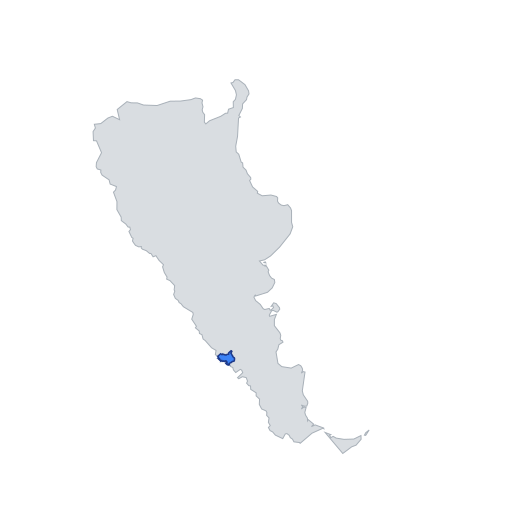 Futaleufú, Chubut, Argentina (highlighted), rotated 317°
{"feature_id": "61730980B18376344054138", "entity_name": "Futaleufú", "entity_type": "district", "adm_level": 2, "iso_a3": "ARG", "parent_name": "Argentina", "parent_adm1": "Chubut", "projection": "orthographic", "projection_center": [-71.852, -43.056], "detail": "fine", "context": "in_parent", "style": "filled", "palette": "blue", "viewbox_px": 512, "rotation_deg": 317, "n_neighbors": 0, "source": "geoboundaries", "source_scale": "gbopen_adm2", "svg_char_len": 6522}
<svg xmlns="http://www.w3.org/2000/svg" viewBox="0 0 512 512"><g transform="rotate(317 256 256)"><path d="M316.0,161.9L312.5,166.4L312.8,169.8L309.2,177.2L309.7,178.8L307.1,182.2L307.3,186.3L305.8,190.0L305.6,195.0L304.6,196.3L302.8,196.4L300.6,203.1L301.3,209.9L299.8,211.0L301.6,216.2L308.5,221.6L311.6,226.5L311.5,228.3L309.1,230.6L308.6,232.8L309.2,236.0L310.8,238.3L314.2,240.1L314.0,244.5L312.9,247.1L304.9,255.7L302.8,259.7L296.0,263.1L279.3,265.6L266.7,265.9L259.6,264.6L255.1,262.0L254.9,267.6L257.0,269.5L255.8,269.5L256.7,270.6L255.7,275.1L254.1,275.8L252.6,279.5L252.3,282.8L253.4,285.7L251.7,288.2L246.1,290.4L239.7,290.4L228.4,285.0L229.0,284.3L228.4,284.0L226.4,284.7L225.3,288.4L226.1,294.3L225.3,299.4L225.9,301.1L229.9,303.4L229.4,305.4L230.8,305.8L233.8,305.6L234.3,304.0L232.8,303.2L237.0,302.3L238.3,304.6L237.9,309.8L237.1,311.1L233.9,311.7L233.0,311.4L231.5,307.6L230.1,306.7L225.4,308.3L224.8,309.4L231.1,312.6L226.1,315.0L221.9,319.5L221.1,328.5L220.0,330.9L217.3,333.0L216.7,334.7L217.5,335.8L217.0,337.4L212.2,336.5L208.4,339.0L205.2,339.8L198.8,349.5L199.4,354.5L205.3,362.0L213.1,364.4L213.9,366.8L213.3,369.6L212.3,371.3L209.3,372.6L211.7,372.8L212.7,374.3L197.9,386.2L195.9,389.8L194.7,397.5L193.5,399.0L190.7,400.4L188.9,398.7L187.5,395.8L187.5,398.1L184.8,398.9L187.9,399.1L189.3,401.0L185.0,403.7L183.7,406.2L183.0,409.7L181.3,411.7L182.6,411.3L183.5,418.3L180.2,418.6L184.1,419.9L188.2,428.0L187.8,428.6L187.7,427.7L176.2,423.8L160.5,423.1L160.6,422.1L157.0,417.8L157.8,414.8L157.2,412.2L158.0,409.9L157.5,407.0L156.1,406.1L151.0,407.8L148.0,400.2L148.2,396.0L147.2,393.3L148.1,389.9L150.8,389.7L151.6,386.1L155.1,383.3L155.1,379.8L157.2,377.9L157.7,376.1L155.8,371.7L157.2,366.8L161.0,363.1L160.7,358.4L162.8,356.2L161.2,349.9L163.4,347.3L162.3,345.9L162.4,342.6L164.5,341.7L165.9,338.2L163.7,335.0L159.7,334.0L159.5,332.4L166.7,332.3L167.7,329.7L167.2,328.2L161.7,327.4L161.8,323.9L163.0,321.7L162.0,319.4L162.4,317.4L160.9,314.3L162.4,312.9L158.7,309.8L158.7,304.5L159.5,303.2L159.0,300.4L162.4,297.8L160.9,292.8L161.2,283.2L160.7,280.6L162.8,276.7L161.8,274.1L163.3,272.1L162.7,267.2L164.5,266.8L165.9,258.4L170.3,255.9L171.3,254.2L168.3,243.6L168.6,239.6L168.0,237.7L168.8,235.4L168.1,232.0L169.5,228.0L172.7,226.3L173.0,225.0L176.3,222.2L176.3,215.4L174.9,212.0L176.6,210.7L177.7,205.5L180.3,200.2L182.4,199.3L182.1,193.1L183.0,187.5L180.2,186.4L180.9,182.5L179.9,181.5L179.4,177.3L177.6,173.6L177.5,171.9L178.6,170.9L176.5,169.4L175.1,166.0L175.5,162.8L175.9,160.8L178.2,159.2L177.8,157.7L179.8,151.4L182.2,151.1L183.4,148.8L182.2,147.6L182.6,143.8L181.6,138.3L183.9,135.6L185.9,127.2L191.4,121.4L195.3,112.1L198.2,112.0L201.3,110.1L198.4,103.9L200.5,100.1L198.6,91.9L199.4,89.0L201.2,87.3L199.3,84.1L200.0,81.7L203.0,78.9L213.5,75.1L217.9,63.0L215.8,60.8L221.7,53.9L225.8,52.9L227.6,49.4L232.8,53.3L241.8,54.1L246.3,55.9L249.2,63.3L254.4,54.2L266.9,55.1L269.2,58.9L273.7,63.2L276.7,68.9L286.3,78.5L298.9,84.3L306.3,91.1L315.1,97.3L319.5,99.1L322.6,103.0L323.2,105.6L320.9,107.2L319.0,110.7L316.3,112.4L315.1,114.6L314.8,117.6L309.5,122.9L309.4,125.2L314.2,125.4L325.5,129.8L331.0,130.8L332.7,132.2L336.0,129.9L340.7,132.0L344.5,127.7L347.8,127.4L351.6,124.8L353.8,121.0L355.7,112.4L357.5,113.4L360.8,112.8L363.4,115.2L364.8,123.1L363.2,130.1L361.4,132.7L357.8,133.6L355.7,135.2L350.0,135.6L346.6,138.8L339.3,141.5L339.4,143.7L337.3,143.2L324.1,155.9L316.0,161.9ZM184.8,459.6L186.2,432.2L188.9,437.7L187.5,437.3L186.9,439.9L189.4,440.5L190.4,443.8L195.3,450.1L202.7,456.6L210.3,458.9L207.9,461.7L200.2,462.6L195.8,460.8L184.8,459.6ZM213.1,461.0L215.6,460.1L220.1,460.4L213.9,462.0L213.1,461.0ZM258.8,266.7L258.5,267.8L257.0,265.8L258.8,266.7Z" fill="#d9dde1" stroke="#a8b0b8" stroke-width="1"/><path d="M173.2,308.3L171.6,308.2L170.4,308.2L169.9,308.2L168.9,309.2L167.8,308.2L166.6,308.1L166.3,307.8L166.3,307.7L166.0,307.3L166.1,307.1L165.9,306.8L165.7,306.8L165.7,306.6L165.3,306.2L165.2,305.9L164.8,305.6L164.9,305.0L163.8,304.9L163.5,303.4L159.8,303.3L159.9,303.5L159.8,303.8L159.7,303.9L159.7,304.0L159.5,304.3L159.4,304.5L159.4,304.4L159.2,304.5L159.1,304.8L158.9,304.8L159.0,304.9L159.0,305.0L158.9,305.2L159.0,305.2L159.1,305.3L159.0,305.5L158.9,305.6L158.8,305.8L158.7,305.8L158.5,305.7L158.4,305.7L158.4,305.9L158.4,306.0L158.5,306.1L158.8,306.2L158.7,306.3L158.8,306.4L158.9,306.5L158.7,306.6L158.8,306.7L158.8,306.8L158.8,307.0L158.7,307.1L158.8,307.2L158.7,307.3L158.5,307.5L158.7,308.0L158.8,308.0L158.9,308.3L159.0,308.4L158.9,308.4L158.8,308.5L158.7,308.6L158.8,308.6L158.8,308.8L159.0,308.9L158.9,309.0L159.0,309.1L159.2,309.3L159.3,309.2L159.4,309.3L159.5,309.4L159.5,309.5L159.7,309.8L159.7,310.0L159.8,310.1L159.9,310.3L160.0,310.3L160.3,310.5L160.4,310.4L160.5,310.4L160.6,310.5L160.6,310.8L160.6,311.0L160.8,311.2L161.0,311.2L161.1,311.4L161.1,311.5L161.3,311.5L161.5,311.7L161.7,311.8L161.7,311.7L161.8,311.7L161.8,311.8L162.0,311.9L162.1,312.0L162.3,312.0L162.5,312.2L162.6,312.4L162.5,312.5L162.4,312.7L162.3,312.8L162.4,313.0L162.4,313.3L162.5,313.3L162.5,313.5L162.5,313.8L162.4,313.9L162.2,313.7L161.9,313.7L161.9,313.8L161.7,314.0L161.4,314.1L161.2,314.0L161.0,313.9L161.0,314.0L160.9,314.0L161.0,314.2L161.0,314.3L161.0,314.5L160.9,314.8L160.7,314.8L160.7,315.0L160.8,315.1L160.8,315.3L160.7,315.4L160.7,315.5L160.8,315.7L161.0,315.6L161.2,315.8L161.3,315.7L161.3,315.9L161.5,316.0L161.4,316.1L161.4,316.3L161.3,316.5L161.2,316.5L161.2,316.8L161.3,316.9L161.5,316.8L161.9,316.7L162.0,316.7L162.1,316.8L162.1,316.7L162.2,316.9L162.2,317.0L162.3,317.1L162.2,317.2L162.3,317.3L162.4,317.1L162.5,316.9L162.7,316.7L162.9,316.8L163.0,316.8L163.1,316.7L163.4,316.5L163.5,316.5L163.9,316.5L164.0,316.5L164.3,316.6L164.5,316.6L164.8,316.7L164.9,316.8L165.0,316.9L165.1,317.0L165.9,317.0L166.2,316.9L166.3,316.9L166.5,317.1L166.9,317.2L167.1,317.2L167.2,317.3L167.3,317.4L167.5,317.4L167.8,317.6L167.9,317.8L168.0,317.9L168.3,317.9L168.9,317.7L169.0,317.6L169.4,317.2L169.5,317.1L169.9,316.9L170.0,316.8L170.3,316.5L170.3,316.4L170.4,316.1L170.5,315.9L170.7,315.7L170.6,315.4L170.5,315.2L170.5,314.9L170.5,314.7L170.5,314.2L170.4,314.1L170.4,313.9L170.4,313.6L170.6,313.4L170.7,313.2L170.9,312.9L170.9,312.5L170.9,312.4L170.9,312.1L170.9,311.9L171.0,311.7L171.2,311.3L171.2,311.2L171.2,310.9L171.3,310.6L171.3,310.4L171.3,310.2L171.7,310.1L171.8,310.0L171.9,309.9L172.0,309.8L172.1,309.6L172.5,309.5L172.8,309.5L173.0,309.4L173.3,309.3L173.3,309.1L173.2,308.8L173.3,308.7L173.3,308.4L173.2,308.3Z" fill="#3b82f6" stroke="#1e3a8a" stroke-width="1.5"/></g></svg>